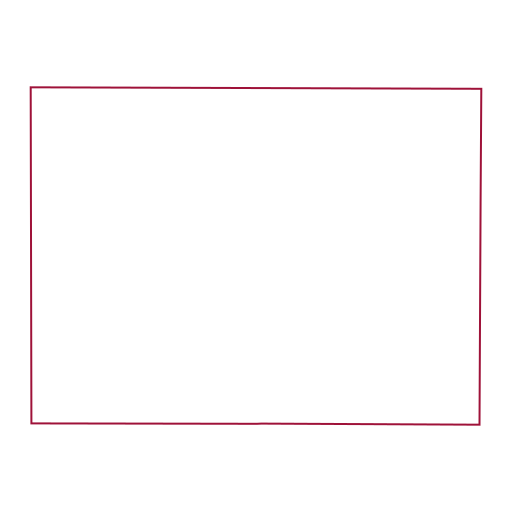 the district of Adams, Iowa, United States of America, rotated 180°
{"feature_id": "52423323B85396857356380", "entity_name": "Adams", "entity_type": "district", "adm_level": 2, "iso_a3": "USA", "parent_name": "United States of America", "parent_adm1": "Iowa", "projection": "orthographic", "projection_center": [-94.7, 41.029], "detail": "fine", "context": "isolated", "style": "outline", "palette": "rose", "viewbox_px": 512, "rotation_deg": 180, "n_neighbors": 0, "source": "geoboundaries", "source_scale": "gbopen_adm2", "svg_char_len": 254}
<svg xmlns="http://www.w3.org/2000/svg" viewBox="0 0 512 512"><g transform="rotate(180 256 256)"><path d="M480.6,88.6L255.0,88.2L250.7,88.4L32.5,87.3L31.4,311.7L30.7,423.2L481.3,424.7L480.6,88.6Z" fill="none" stroke="#9f1239" stroke-width="2"/></g></svg>